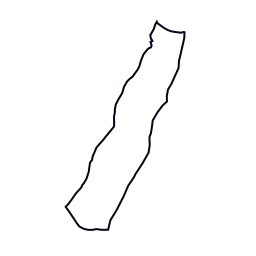 Nyorken, Maryland, Liberia (Robinson projection), rotated 202°
{"feature_id": "62588387B79277340487156", "entity_name": "Nyorken", "entity_type": "district", "adm_level": 2, "iso_a3": "LBR", "parent_name": "Liberia", "parent_adm1": "Maryland", "projection": "robinson", "projection_center": [-7.856, 5.001], "detail": "fine", "context": "isolated", "style": "outline", "palette": "ink", "viewbox_px": 256, "rotation_deg": 202, "n_neighbors": 0, "source": "geoboundaries", "source_scale": "gbopen_adm2", "svg_char_len": 1680}
<svg xmlns="http://www.w3.org/2000/svg" viewBox="0 0 256 256"><g transform="rotate(202 128 128)"><path d="M111.5,238.0L112.7,237.7L114.5,236.2L116.2,235.8L119.3,234.9L123.9,233.9L127.9,233.7L132.7,234.4L139.2,236.0L140.7,236.5L141.1,237.1L141.3,235.9L141.5,233.5L141.3,231.1L141.2,229.1L141.6,226.1L141.8,224.2L142.1,223.2L142.2,222.8L141.1,220.7L140.2,219.4L138.4,218.3L137.9,217.7L139.4,216.3L138.3,214.8L137.0,213.4L136.9,211.4L138.5,209.8L139.4,208.1L140.5,204.7L141.2,201.9L141.2,201.5L141.2,195.0L140.6,189.5L140.9,186.1L141.3,184.1L141.9,181.9L143.0,177.4L144.8,174.2L145.6,172.4L146.4,170.2L146.5,169.0L147.1,164.6L146.5,158.8L146.8,156.0L147.7,150.5L147.8,149.1L147.9,147.8L148.1,145.5L147.1,139.8L146.2,138.4L145.3,133.6L143.2,128.5L142.3,126.4L141.9,125.5L141.8,124.3L141.6,123.6L142.8,119.8L145.7,110.7L146.6,107.4L148.2,103.2L149.9,98.1L150.0,93.2L150.1,88.5L149.9,87.3L149.3,84.8L150.1,82.2L150.2,81.7L149.4,78.1L148.0,72.8L147.5,65.2L148.3,60.0L148.9,58.6L149.1,55.0L150.7,50.9L152.0,47.1L153.2,41.5L154.9,35.0L155.8,32.7L156.3,31.6L154.6,30.5L153.6,29.9L152.3,29.1L144.9,24.1L142.2,22.3L139.9,20.6L136.0,18.4L131.5,18.0L126.9,18.6L125.8,19.0L122.8,20.2L119.6,22.4L114.4,23.7L110.3,25.4L108.4,26.1L108.5,27.4L109.8,35.8L109.0,40.4L107.7,48.5L106.4,63.8L106.2,74.6L105.3,78.7L104.0,84.9L103.8,88.1L102.5,94.7L101.2,101.3L99.8,112.3L99.7,113.0L101.5,120.4L102.3,122.2L104.7,127.5L104.8,131.7L105.9,136.7L107.4,142.4L107.9,144.3L106.6,153.3L104.3,162.0L103.9,162.7L101.8,167.2L103.9,171.9L105.3,178.6L105.1,179.8L104.5,184.1L104.3,185.2L104.0,192.4L103.6,202.6L105.9,209.5L107.2,218.1L109.5,232.4L111.5,238.0Z" fill="none" stroke="#020617" stroke-width="2"/></g></svg>